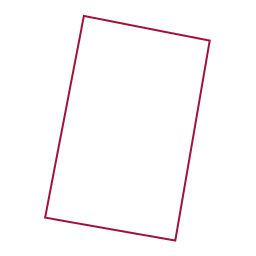 outline of Rancul, La Pampa, Argentina, rotated 190°
{"feature_id": "61730980B63706771284544", "entity_name": "Rancul", "entity_type": "district", "adm_level": 2, "iso_a3": "ARG", "parent_name": "Argentina", "parent_adm1": "La Pampa", "projection": "albers", "projection_center": [-64.79, -35.405], "detail": "fine", "context": "isolated", "style": "outline", "palette": "rose", "viewbox_px": 256, "rotation_deg": 190, "n_neighbors": 0, "source": "geoboundaries", "source_scale": "gbopen_adm2", "svg_char_len": 412}
<svg xmlns="http://www.w3.org/2000/svg" viewBox="0 0 256 256"><g transform="rotate(190 128 128)"><path d="M62.7,228.3L65.1,228.3L109.5,229.1L144.4,229.8L190.9,230.7L191.1,219.3L191.1,215.2L191.4,198.9L192.1,154.5L192.3,139.3L193.0,96.7L193.7,50.3L194.0,28.2L194.1,25.4L193.3,25.4L169.5,25.3L99.8,25.3L61.9,25.4L61.9,27.2L62.1,82.0L62.2,108.5L62.7,228.3Z" fill="none" stroke="#9f1239" stroke-width="2"/></g></svg>